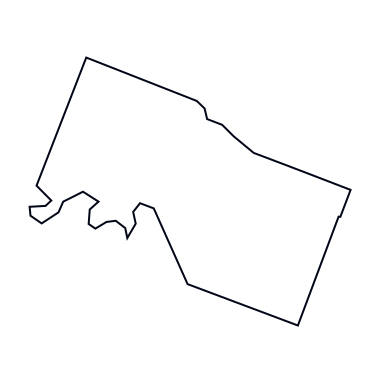 the district of Sharkey, Mississippi, United States of America, rotated 111°
{"feature_id": "52423323B93324902631491", "entity_name": "Sharkey", "entity_type": "district", "adm_level": 2, "iso_a3": "USA", "parent_name": "United States of America", "parent_adm1": "Mississippi", "projection": "robinson", "projection_center": [-90.779, 32.88], "detail": "fine", "context": "isolated", "style": "outline", "palette": "ink", "viewbox_px": 384, "rotation_deg": 111, "n_neighbors": 0, "source": "geoboundaries", "source_scale": "gbopen_adm2", "svg_char_len": 593}
<svg xmlns="http://www.w3.org/2000/svg" viewBox="0 0 384 384"><g transform="rotate(111 192 192)"><path d="M133.2,105.4L133.4,148.4L125.1,173.0L118.5,187.9L118.5,204.0L109.5,210.2L105.3,220.1L104.4,338.9L241.8,339.4L250.4,320.3L257.5,323.8L264.0,338.3L272.0,334.3L275.2,321.1L258.8,309.3L247.2,308.8L230.8,293.9L234.5,275.8L245.0,281.2L258.9,277.0L260.8,269.1L250.6,261.1L246.2,252.9L249.6,241.4L258.2,235.9L241.7,233.2L231.7,239.8L221.1,236.5L221.0,221.8L279.6,163.1L278.7,45.3L253.9,45.5L162.5,46.3L162.0,44.6L133.2,44.7L133.2,105.4Z" fill="none" stroke="#020617" stroke-width="2"/></g></svg>